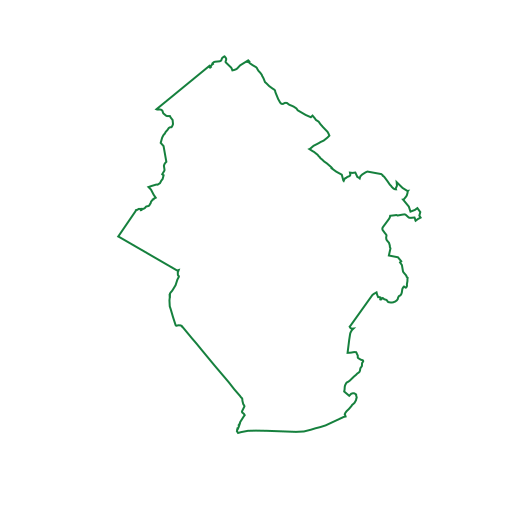 Manatí, Atlántico, Colombia, rotated 306°
{"feature_id": "7082276B98170860675351", "entity_name": "Manatí", "entity_type": "district", "adm_level": 2, "iso_a3": "COL", "parent_name": "Colombia", "parent_adm1": "Atlántico", "projection": "mercator", "projection_center": [-74.975, 10.456], "detail": "fine", "context": "isolated", "style": "outline", "palette": "green", "viewbox_px": 512, "rotation_deg": 306, "n_neighbors": 0, "source": "geoboundaries", "source_scale": "gbopen_adm2", "svg_char_len": 6097}
<svg xmlns="http://www.w3.org/2000/svg" viewBox="0 0 512 512"><g transform="rotate(306 256 256)"><path d="M397.6,340.1L397.2,334.6L398.4,326.4L396.0,328.5L395.2,328.9L394.3,329.0L392.6,329.4L392.2,330.0L391.8,329.4L391.5,328.6L391.4,327.5L391.7,325.2L392.1,324.2L392.4,322.3L393.8,318.4L395.3,313.6L395.5,312.6L395.4,311.4L395.8,310.9L395.9,309.2L389.8,296.5L388.1,295.5L384.3,294.0L381.9,293.6L380.8,293.9L379.7,294.3L379.8,293.0L379.5,291.6L381.9,287.3L379.9,285.2L378.7,283.0L377.5,284.3L376.8,284.7L376.3,284.8L375.3,284.5L373.6,283.4L372.1,283.0L371.7,282.6L371.1,282.4L369.6,282.5L368.3,282.8L368.4,282.3L372.2,277.6L371.4,271.4L371.4,265.8L371.8,265.9L372.1,264.6L372.6,258.8L372.5,255.6L372.9,252.9L373.0,250.5L373.4,249.7L373.6,248.0L373.9,247.1L374.1,246.3L374.3,241.5L374.1,240.3L373.9,236.4L374.4,236.7L379.0,237.8L382.7,239.7L385.0,240.8L386.1,241.2L389.1,242.9L393.8,244.2L396.5,244.6L397.7,242.6L398.5,240.9L399.8,233.6L400.1,232.8L400.1,232.4L400.6,230.3L401.4,228.1L401.5,227.4L401.3,224.5L402.0,222.5L402.8,219.2L400.5,218.8L399.3,213.3L398.4,204.2L398.5,203.7L399.1,202.1L399.1,201.2L399.0,198.7L398.6,196.7L398.1,194.8L397.9,193.7L398.0,191.2L397.5,190.2L396.7,189.3L396.1,189.0L395.0,188.5L394.7,188.2L394.1,187.1L394.1,186.6L394.3,185.4L396.0,181.7L399.1,176.7L400.0,175.3L401.0,174.2L401.3,173.3L401.3,172.6L401.2,170.7L401.2,166.8L401.8,163.1L402.0,161.0L403.7,158.4L404.7,156.6L405.1,155.5L406.0,154.1L406.8,151.6L407.2,149.3L407.9,147.5L408.6,146.2L408.8,145.0L408.4,141.1L408.3,137.4L408.7,136.1L408.5,135.8L408.9,136.0L409.0,135.6L409.5,135.9L409.7,134.7L400.9,131.1L396.8,130.6L395.7,130.3L393.8,129.1L392.3,127.8L393.5,125.9L393.8,125.2L394.9,117.6L395.4,117.1L397.0,116.6L398.0,116.0L398.6,114.9L399.0,113.2L398.5,112.9L396.6,112.3L395.9,112.3L393.8,112.9L393.1,112.7L392.2,112.2L389.1,108.7L388.0,107.9L386.7,107.6L386.6,107.8L386.1,107.7L385.9,108.3L384.8,107.9L382.4,107.7L382.3,108.4L381.8,108.3L381.8,108.0L381.4,107.9L381.4,107.6L381.7,107.6L381.8,107.0L382.5,107.2L382.6,106.6L316.2,89.2L316.4,90.0L318.1,92.2L318.6,93.5L318.6,94.1L318.5,94.8L318.2,95.3L317.1,96.8L316.9,97.3L316.7,100.4L316.7,101.1L317.0,101.9L318.2,103.6L318.6,104.1L317.9,105.5L317.0,108.6L314.2,111.1L313.5,111.5L311.5,111.9L310.5,111.9L309.7,110.9L309.0,110.5L308.2,110.2L305.9,110.3L303.4,110.0L301.1,110.3L300.5,110.1L299.1,110.1L296.6,110.5L291.5,112.4L290.6,116.6L279.5,128.1L278.2,127.9L276.9,127.9L275.9,128.1L274.8,128.5L272.2,131.1L271.3,131.7L267.0,132.1L266.9,133.3L267.0,133.8L263.4,135.2L261.3,135.1L258.5,135.5L255.9,134.5L255.7,134.0L255.0,133.2L251.2,130.3L248.6,128.5L248.0,132.0L245.4,137.2L244.2,140.6L242.2,139.6L241.7,139.8L241.0,139.2L240.3,139.4L239.5,139.2L238.2,139.2L236.5,139.8L235.9,139.7L234.8,139.9L233.5,139.8L233.1,139.5L231.9,138.4L231.2,138.0L229.5,137.9L228.1,137.3L227.5,136.7L227.1,136.1L227.1,135.9L226.7,135.5L225.8,136.3L225.4,135.9L226.4,135.2L225.1,133.4L223.5,132.8L223.2,132.4L222.5,131.9L222.2,132.1L221.3,132.2L190.8,133.1L191.0,134.3L197.9,200.7L199.2,201.7L196.7,202.4L194.8,203.9L194.5,204.4L194.3,205.5L193.8,205.8L190.6,206.3L185.1,208.1L180.3,208.5L178.6,208.6L176.1,208.4L175.0,208.5L173.0,209.9L173.0,209.6L171.6,210.7L169.3,212.0L164.6,215.8L162.8,218.3L158.0,224.5L153.1,231.2L152.8,231.7L152.7,232.1L152.7,232.5L154.4,234.0L155.6,235.9L155.6,236.7L155.4,237.6L155.6,237.6L151.8,252.4L150.0,260.0L148.4,266.0L143.2,286.2L137.9,308.0L135.4,316.7L133.4,325.3L132.8,327.1L132.8,327.9L132.6,328.4L132.4,328.8L130.8,330.2L128.8,332.6L128.4,333.4L128.2,334.2L127.6,335.0L126.7,335.2L122.6,335.9L121.7,336.2L121.3,336.9L121.2,338.9L120.6,340.4L118.6,340.4L112.5,340.8L110.5,341.4L110.2,341.4L110.4,341.6L107.1,342.6L105.7,342.9L105.6,342.4L104.0,343.0L103.5,343.5L103.0,343.6L102.3,345.5L104.8,347.5L109.8,352.2L114.7,358.6L121.2,367.9L137.2,391.7L142.2,397.9L147.7,402.5L151.6,405.4L155.4,408.6L159.9,411.9L177.3,421.5L178.8,422.8L179.8,421.5L180.1,420.8L181.6,420.5L183.6,420.5L187.0,421.1L190.9,421.4L192.1,421.3L193.5,421.7L195.2,422.0L197.7,421.7L198.3,421.6L199.7,420.9L200.5,420.8L201.1,420.2L202.3,418.7L202.8,418.4L202.7,416.4L202.5,415.9L202.1,415.3L201.6,414.8L200.5,414.0L197.7,413.6L198.2,407.0L200.1,406.1L202.3,404.7L203.7,404.1L206.1,403.7L207.4,403.9L208.4,404.5L210.2,405.1L216.0,406.1L218.7,406.8L220.4,407.0L222.0,407.6L223.0,407.8L224.4,407.5L225.7,406.8L226.7,406.4L229.0,406.4L230.0,405.9L230.9,405.2L232.0,404.7L233.5,404.7L233.9,404.6L234.3,404.1L234.4,403.6L233.7,401.7L233.5,398.9L233.5,398.4L233.8,397.9L234.8,397.2L235.3,396.8L236.1,395.2L236.7,394.3L237.0,393.5L236.0,391.9L233.5,389.5L231.5,387.0L243.1,380.6L248.4,377.9L249.5,377.5L251.6,377.2L252.9,377.2L254.6,377.5L253.8,376.6L253.4,375.9L253.3,375.5L253.4,374.3L253.9,373.3L255.2,373.4L292.3,373.1L292.9,373.1L294.6,373.6L297.4,374.9L296.0,376.6L294.5,379.0L295.1,379.7L295.6,380.9L295.6,381.1L295.3,381.4L294.0,381.9L293.9,382.1L294.1,382.5L294.6,382.9L296.1,382.9L296.5,383.2L296.4,385.2L297.0,386.9L297.1,387.6L296.9,388.5L296.5,389.4L296.5,390.2L297.7,392.6L299.0,394.1L301.0,395.4L302.9,396.0L304.5,396.0L305.6,395.5L307.2,395.2L307.8,395.3L308.9,395.9L310.2,396.0L312.0,395.5L315.3,393.8L317.0,393.5L318.3,393.7L318.3,395.2L318.4,395.8L318.6,395.9L319.3,396.0L320.3,395.8L320.7,395.6L321.8,394.7L324.8,393.2L326.3,392.1L327.5,391.5L327.7,390.1L328.5,389.0L329.5,384.8L330.0,383.9L334.4,379.4L335.5,376.3L337.1,376.6L338.4,371.6L334.5,363.2L341.2,360.3L341.9,359.1L343.2,358.0L344.8,355.9L345.6,352.7L346.0,351.8L346.7,351.1L347.5,350.4L349.2,349.6L349.6,349.2L350.1,347.7L350.5,346.1L350.9,345.1L351.3,343.5L351.8,342.7L352.3,342.2L353.5,341.7L364.5,341.8L366.1,341.5L367.4,340.9L370.5,344.3L371.6,345.4L371.8,345.8L371.9,346.6L372.0,346.8L375.4,350.0L377.0,351.7L377.3,352.6L377.3,353.3L376.9,356.9L377.1,357.6L377.9,358.9L380.3,361.6L379.4,363.0L378.5,364.0L378.3,364.4L381.2,365.3L383.8,366.6L384.7,364.4L388.1,363.1L389.6,358.4L386.7,357.5L382.7,354.9L385.8,350.6L388.1,341.8L388.5,342.2L388.9,342.3L392.4,342.5L393.6,342.4L396.1,341.5L397.5,340.7L398.0,340.7L397.6,340.3L397.6,340.1Z" fill="none" stroke="#15803d" stroke-width="2"/></g></svg>